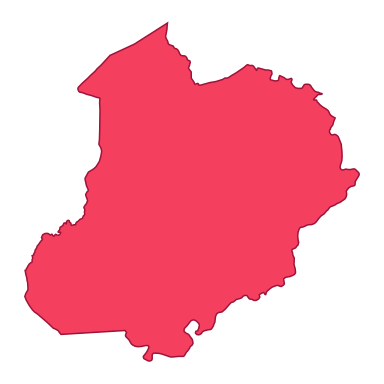 El Triunfo, Choluteca, Honduras (orthographic projection)
{"feature_id": "27666195B77536199573353", "entity_name": "El Triunfo", "entity_type": "district", "adm_level": 2, "iso_a3": "HND", "parent_name": "Honduras", "parent_adm1": "Choluteca", "projection": "orthographic", "projection_center": [-87.02, 13.087], "detail": "fine", "context": "isolated", "style": "filled", "palette": "rose", "viewbox_px": 384, "rotation_deg": 0, "n_neighbors": 0, "source": "geoboundaries", "source_scale": "gbopen_adm2", "svg_char_len": 5855}
<svg xmlns="http://www.w3.org/2000/svg" viewBox="0 0 384 384"><path d="M61.0,334.4L125.0,330.5L126.5,332.5L125.6,334.7L125.5,335.7L125.8,336.6L128.8,339.6L131.3,343.8L132.5,344.9L135.0,346.2L137.8,346.7L141.2,346.5L145.9,345.5L147.7,345.6L148.5,346.0L148.8,346.6L148.8,347.4L148.0,349.6L146.4,352.5L143.9,355.6L143.3,356.6L143.5,357.8L143.9,358.6L147.6,360.6L148.6,361.0L149.7,361.0L150.9,360.7L151.7,360.2L152.2,358.8L152.2,354.6L153.0,353.6L154.0,353.1L158.6,353.3L161.8,354.0L170.2,356.9L172.2,357.0L178.9,356.4L183.1,356.4L183.9,356.1L184.5,355.5L186.6,351.9L187.5,351.1L189.5,348.4L190.1,346.8L192.2,345.0L193.0,343.5L192.8,341.5L192.2,339.3L190.0,336.4L189.3,335.2L188.4,334.3L185.7,332.9L184.0,331.2L184.2,329.3L184.4,328.5L186.9,325.9L190.8,320.9L192.6,320.0L194.5,320.0L196.7,321.3L198.8,323.6L199.4,325.2L198.7,328.3L197.6,330.8L195.9,331.3L195.4,332.9L195.9,333.7L197.0,334.6L198.3,334.8L199.6,334.6L201.3,333.6L202.3,332.0L204.0,330.9L208.1,329.8L210.6,329.5L211.3,329.1L212.8,327.0L213.7,325.1L214.0,323.6L214.8,322.5L215.5,316.7L216.2,314.8L217.1,313.5L218.4,312.6L222.1,311.9L225.2,309.2L230.7,302.9L232.0,302.3L233.6,301.8L236.4,299.4L239.1,298.8L241.2,298.0L241.9,297.6L242.7,296.6L243.6,295.9L244.8,295.5L245.9,295.4L246.6,295.5L247.2,295.9L248.9,298.4L249.6,299.0L250.5,299.2L251.7,299.2L253.9,300.4L255.2,300.5L256.4,300.3L258.6,299.0L259.7,297.4L259.8,296.9L259.2,295.0L259.5,294.5L262.7,292.7L263.5,292.5L263.9,292.7L264.9,294.3L265.3,294.6L265.7,294.6L266.3,292.5L266.9,291.4L269.5,289.1L272.0,287.2L276.5,285.5L278.7,285.5L279.6,286.2L281.3,286.5L283.5,285.1L284.4,283.8L283.7,279.7L283.7,278.9L283.9,278.5L286.1,277.2L290.1,276.5L292.6,275.5L294.5,274.4L295.5,272.9L295.5,271.7L295.1,268.4L294.3,265.6L294.0,264.1L294.3,258.1L292.9,255.3L292.5,252.4L292.0,251.4L291.9,250.3L292.1,249.6L292.6,249.2L295.6,247.9L297.0,245.9L297.9,245.2L298.7,242.3L298.2,240.6L297.7,236.6L298.0,232.6L299.0,229.4L299.8,228.0L300.5,227.4L303.3,226.9L307.9,224.8L311.6,224.6L314.4,223.5L316.2,221.9L319.1,218.1L321.0,216.0L324.2,213.8L326.5,211.0L327.9,209.9L329.8,207.2L330.9,206.6L334.1,205.4L335.4,204.7L336.7,203.7L340.1,202.3L345.0,198.9L345.9,197.4L346.6,195.3L346.7,194.3L346.3,191.3L346.6,190.6L348.5,188.2L350.0,187.0L351.3,186.4L353.9,185.8L354.8,185.3L355.0,184.8L355.3,181.4L358.5,176.3L359.2,174.7L359.1,173.6L358.6,172.6L355.5,169.5L354.7,169.0L353.4,168.9L351.2,169.4L349.2,169.6L345.6,169.1L343.4,169.9L342.5,170.0L341.3,169.6L340.3,168.4L340.1,167.3L340.2,165.9L341.8,160.8L342.1,157.1L342.0,152.0L341.2,144.1L338.7,137.8L338.2,136.8L337.6,136.0L336.4,135.0L335.0,134.4L334.0,134.5L332.7,134.9L331.2,134.7L330.7,134.2L329.4,132.0L329.6,130.3L329.9,129.6L330.5,129.2L330.6,127.8L332.8,125.0L333.5,122.2L334.3,120.0L335.0,118.6L335.1,117.9L333.0,116.8L330.7,115.2L329.8,114.0L328.7,111.5L328.0,110.5L326.1,109.0L322.8,107.1L320.0,104.8L318.0,102.6L317.2,101.9L316.8,100.6L316.5,100.1L315.9,99.9L315.0,100.1L314.2,100.1L313.6,99.6L313.9,98.9L316.4,96.5L317.7,94.9L318.4,94.6L321.7,94.3L322.0,94.0L322.0,93.6L321.6,93.4L320.6,93.4L318.4,92.3L316.7,92.0L315.0,91.3L314.1,90.5L311.6,87.3L310.6,85.5L309.6,84.7L308.6,84.3L306.1,84.2L304.6,84.5L303.8,85.3L302.3,87.8L301.6,88.3L298.3,88.4L295.4,87.8L292.7,85.1L291.3,82.7L291.2,81.9L292.0,79.8L291.8,78.9L291.4,78.4L290.5,78.6L288.6,79.3L286.5,79.4L283.9,77.5L279.8,75.6L279.5,75.9L278.9,77.6L278.5,80.0L277.9,80.6L276.4,80.9L274.8,80.9L270.6,79.8L270.3,79.5L270.2,78.9L270.7,76.4L272.0,73.9L271.7,71.5L271.3,70.8L268.2,70.0L265.8,70.0L258.4,68.0L257.6,68.2L257.1,69.0L256.9,70.0L256.5,70.3L255.9,69.7L254.1,66.9L252.9,65.7L252.0,65.4L249.7,65.5L247.8,64.7L246.8,65.0L243.8,67.6L235.4,73.3L231.7,75.4L228.9,77.3L226.9,78.2L225.8,78.0L224.8,78.1L222.8,79.4L217.0,81.2L214.6,81.8L210.1,82.5L200.3,85.2L198.9,85.2L198.4,83.8L197.8,83.4L195.0,84.2L194.5,83.6L194.1,82.3L191.3,78.2L191.2,71.9L189.0,69.0L188.6,68.2L188.6,67.6L189.7,64.9L189.7,63.7L190.3,62.8L189.9,61.0L187.5,59.9L186.7,57.6L185.4,56.2L184.6,55.9L181.8,55.7L180.8,55.2L179.8,54.0L178.9,51.8L177.8,49.9L176.6,48.9L174.5,48.3L173.1,46.0L169.2,44.6L168.3,43.7L167.7,41.3L166.2,38.5L165.6,36.5L166.9,29.7L167.2,25.2L167.5,23.0L134.2,44.2L110.0,55.4L101.1,65.1L97.4,68.5L95.0,71.3L90.2,75.7L87.5,78.5L82.5,83.0L78.4,87.2L77.9,88.3L78.0,89.5L78.6,91.0L79.0,91.6L79.8,92.2L82.0,92.5L87.3,94.5L90.8,95.3L96.5,97.3L98.8,97.8L99.9,98.2L100.0,98.6L99.8,99.8L99.6,102.7L100.0,109.9L99.7,130.4L99.4,139.9L98.9,144.0L99.2,144.9L100.9,147.9L101.7,151.3L101.0,155.5L99.7,160.3L99.3,161.5L97.7,164.1L96.1,166.6L94.2,168.4L92.7,169.5L88.4,172.1L85.1,178.1L85.1,179.7L86.5,185.8L88.2,189.6L88.3,190.4L88.2,190.7L87.0,192.0L85.7,194.4L85.8,195.4L87.6,200.5L86.5,203.5L85.3,204.9L83.9,207.2L84.0,207.9L84.9,209.7L84.4,212.1L84.7,213.9L84.6,214.6L84.1,215.3L83.4,215.8L82.5,218.2L81.3,218.9L80.1,219.2L78.4,221.0L76.4,222.3L75.8,223.5L75.7,224.6L75.5,224.8L73.7,224.7L72.5,225.3L71.4,225.3L71.0,224.7L71.0,223.7L70.8,223.1L69.7,222.3L69.2,220.7L68.5,220.3L67.6,220.5L66.8,221.2L66.5,221.9L66.3,223.6L65.7,223.5L65.0,222.9L63.9,223.2L62.8,225.6L60.1,227.3L59.6,229.8L58.2,231.5L58.1,232.0L58.5,232.3L60.3,232.2L60.7,232.4L60.2,233.9L58.7,235.2L57.0,235.1L56.1,234.4L55.7,234.3L55.2,234.6L54.1,236.1L53.6,236.2L53.3,236.1L52.0,234.3L51.3,234.3L50.7,234.9L50.3,235.0L48.3,233.6L46.7,233.3L44.7,233.6L42.6,234.9L41.5,237.6L42.4,239.6L40.8,241.2L38.6,244.4L37.3,245.9L36.4,248.3L35.1,250.2L34.8,252.1L33.9,253.5L33.8,254.9L32.1,255.7L32.5,256.8L32.6,257.9L32.5,258.8L32.1,259.7L32.1,262.1L30.5,262.9L29.2,264.1L27.7,266.4L27.5,267.2L26.5,268.5L26.0,270.2L25.1,270.4L25.9,274.7L26.7,277.4L27.1,280.8L27.6,282.3L28.0,288.5L27.8,290.1L25.8,293.5L24.8,296.5L26.2,300.0L29.1,305.2L32.4,309.8L34.7,312.1L38.0,314.4L40.1,316.3L46.9,322.1L53.4,328.3L55.4,329.0L58.2,330.7L58.8,331.4L59.0,332.0L61.0,334.4Z" fill="#f43f5e" stroke="#9f1239" stroke-width="1.5"/></svg>